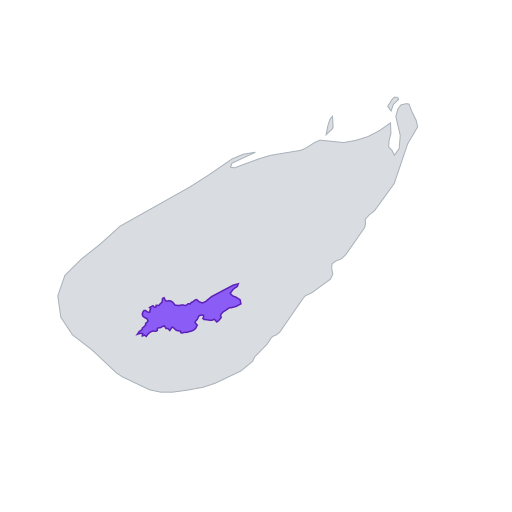 Badulla on a map of Sri Lanka (Natural Earth projection), rotated 65°
{"feature_id": "LKA-2467", "entity_name": "Badulla", "entity_type": "District", "adm_level": 1, "iso_a3": "LKA", "parent_name": "Sri Lanka", "parent_adm1": "", "projection": "natural_earth1", "projection_center": [81.038, 7.079], "detail": "fine", "context": "in_parent", "style": "filled", "palette": "violet", "viewbox_px": 512, "rotation_deg": 65, "n_neighbors": 0, "source": "natural_earth", "source_scale": "10m", "svg_char_len": 3158}
<svg xmlns="http://www.w3.org/2000/svg" viewBox="0 0 512 512"><g transform="rotate(65 256 256)"><path d="M182.9,53.2L191.5,53.7L200.8,53.5L207.3,54.9L218.4,71.1L248.7,100.1L265.1,129.5L266.6,136.0L268.9,141.5L272.9,143.1L276.2,145.6L292.7,174.0L294.6,179.7L294.3,185.9L295.3,190.5L299.6,192.8L304.9,194.0L308.4,198.2L312.9,220.9L312.9,228.0L314.2,231.1L334.9,266.4L336.1,270.7L335.9,273.9L336.5,276.7L340.5,282.9L346.8,299.7L350.0,303.6L353.8,318.3L354.1,346.4L352.7,358.9L348.8,374.1L344.2,389.0L339.2,399.8L332.4,408.9L309.1,428.2L302.5,432.1L272.1,444.2L249.8,455.7L229.1,458.8L208.4,452.5L192.8,437.4L184.9,415.3L179.4,392.2L171.5,366.5L165.5,287.1L162.6,264.9L157.9,236.7L158.4,224.4L161.7,212.7L161.7,238.4L164.7,241.6L167.0,238.3L169.2,211.6L170.9,200.3L179.1,170.9L179.3,165.7L177.9,154.7L178.0,149.1L190.3,128.5L193.4,116.5L195.1,104.2L194.5,90.9L192.2,77.8L202.1,82.0L207.6,86.6L213.2,89.7L217.7,88.1L223.1,88.0L219.2,80.9L207.7,74.3L188.6,70.3L182.6,65.1L180.3,60.6L181.5,55.3L182.9,53.2ZM173.1,133.2L175.7,141.2L168.2,135.7L163.3,131.2L161.6,127.6L171.7,131.6L173.1,133.2ZM181.7,72.3L176.0,73.4L171.6,66.4L170.5,63.5L171.7,61.4L172.9,60.4L174.4,60.7L176.5,67.2L181.7,72.3Z" fill="#d9dde1" stroke="#a8b0b8" stroke-width="1"/><path d="M299.2,319.5L295.7,320.5L295.7,322.6L295.0,324.6L292.5,328.2L291.7,329.8L290.2,330.6L288.9,329.0L287.4,328.8L286.4,330.6L286.1,332.8L287.2,334.4L288.6,336.0L289.5,338.2L290.6,339.4L293.9,338.4L294.9,339.9L295.4,340.4L296.1,341.3L296.5,342.7L296.8,344.2L296.8,346.1L296.4,348.0L296.0,350.9L295.5,352.1L294.9,353.2L294.7,354.8L294.2,356.3L293.0,356.6L292.2,356.2L291.6,356.8L291.2,357.6L290.3,359.0L289.1,360.0L286.8,360.8L284.9,362.0L287.1,365.6L284.5,366.5L283.7,368.2L280.6,368.5L280.4,370.8L280.6,373.0L279.8,374.9L280.2,376.3L281.8,376.8L281.9,378.6L280.5,381.0L280.3,382.6L280.3,384.2L281.2,387.1L282.5,389.5L280.7,390.3L280.4,392.8L279.4,392.2L278.4,391.5L277.1,393.8L276.8,396.6L276.0,395.2L275.0,393.7L274.6,390.3L274.0,389.9L273.3,389.5L272.7,387.2L271.9,385.1L271.1,384.9L270.4,384.5L270.0,382.7L269.3,381.4L268.2,381.3L266.6,381.4L264.7,383.0L262.5,384.0L260.5,383.6L259.1,382.3L258.1,380.6L258.6,379.2L261.0,377.9L261.4,377.5L261.7,376.7L261.9,375.7L260.3,375.1L259.1,373.6L258.4,373.9L257.7,374.2L257.5,370.4L259.2,369.9L260.1,368.4L259.3,367.9L258.5,367.3L259.8,364.8L259.4,364.1L259.0,363.4L258.5,361.8L257.9,360.4L255.0,358.7L254.9,357.0L256.5,356.9L258.2,357.0L259.4,355.4L259.9,353.3L261.3,351.8L262.9,350.9L266.4,350.1L268.4,346.6L268.8,344.6L269.6,342.7L270.3,341.9L270.9,341.1L271.2,340.3L271.1,339.6L270.6,337.7L271.0,336.7L271.7,335.9L271.3,335.3L270.9,334.8L270.7,333.9L270.9,332.9L270.2,330.3L270.3,328.4L271.5,327.6L273.4,327.0L275.9,324.4L276.0,321.0L274.0,313.4L273.2,297.5L272.8,288.9L273.7,284.0L273.9,284.3L275.3,285.2L275.9,286.7L276.0,288.4L276.7,291.0L278.9,295.2L280.6,294.6L281.5,294.3L282.6,293.8L284.5,291.8L288.9,288.9L293.0,289.9L293.3,295.2L292.4,300.3L291.9,301.4L291.6,302.3L291.9,303.6L292.2,304.9L292.8,309.5L293.8,312.0L295.2,313.5L296.0,313.3L297.1,313.6L297.5,314.5L298.1,315.7L298.9,317.6L299.2,319.5Z" fill="#8b5cf6" stroke="#5b21b6" stroke-width="1.5"/></g></svg>